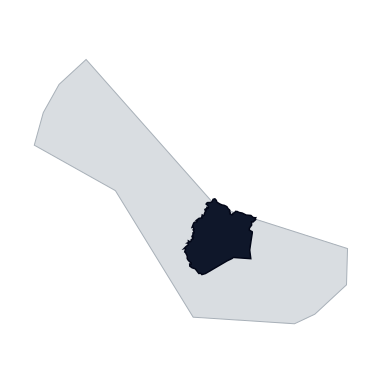 Yona, Guam shown in context, rotated 274°
{"feature_id": "77769853B72833595516841", "entity_name": "Yona", "entity_type": "district", "adm_level": 2, "iso_a3": "GUM", "parent_name": "Guam", "parent_adm1": "", "projection": "albers", "projection_center": [144.756, 13.405], "detail": "fine", "context": "in_parent", "style": "filled", "palette": "ink", "viewbox_px": 384, "rotation_deg": 274, "n_neighbors": 0, "source": "geoboundaries", "source_scale": "gbopen_adm2", "svg_char_len": 1738}
<svg xmlns="http://www.w3.org/2000/svg" viewBox="0 0 384 384"><g transform="rotate(274 192 192)"><path d="M146.4,351.1L110.2,352.6L78.7,323.1L67.7,303.4L67.2,201.9L188.0,115.5L227.7,31.4L260.8,38.1L290.1,51.9L316.8,77.1L179.0,217.4L146.4,351.1Z" fill="#d9dde1" stroke="#a8b0b8" stroke-width="1"/><path d="M170.8,257.4L170.7,256.8L170.9,254.6L172.7,252.4L172.8,247.6L174.5,243.6L174.9,240.3L175.7,238.5L175.7,236.8L174.5,236.1L173.5,234.3L172.4,234.2L171.9,233.3L172.5,232.5L172.9,231.3L173.9,231.6L174.9,230.8L175.6,231.1L176.4,230.9L177.0,230.3L177.8,229.2L179.8,227.8L180.9,225.2L181.2,222.8L182.1,220.4L182.9,218.9L183.6,217.6L183.8,217.5L183.9,217.4L185.4,216.8L186.8,215.3L186.2,213.6L183.6,212.6L182.8,211.1L182.5,208.1L181.4,207.1L180.8,207.0L179.7,208.7L178.1,209.5L177.3,209.4L177.6,207.9L176.3,208.1L176.2,207.1L174.6,207.2L175.0,206.3L173.5,206.8L171.6,206.0L170.1,205.9L169.2,205.1L169.8,203.8L167.6,203.5L166.9,203.9L166.2,200.8L164.0,198.3L163.7,199.4L162.6,199.0L162.1,196.9L161.2,195.9L156.9,194.6L157.3,195.4L154.8,196.6L154.3,195.8L152.5,196.8L151.3,196.8L151.3,195.9L148.8,195.9L147.9,195.1L147.1,196.4L146.6,195.6L145.3,196.3L144.5,194.6L143.4,194.7L142.2,193.5L143.0,191.8L141.4,192.0L140.7,190.8L140.5,192.0L138.9,191.8L137.0,189.7L135.0,188.0L135.4,189.1L134.7,189.6L131.7,188.9L131.1,189.8L127.9,191.7L125.2,191.9L123.3,193.3L121.2,196.1L120.1,196.3L120.0,194.7L117.9,195.0L116.4,197.4L115.6,200.6L111.2,204.5L111.6,206.3L110.3,207.6L111.6,211.1L125.8,231.9L128.4,236.5L129.6,237.8L129.6,255.3L138.1,253.6L147.5,254.3L155.6,255.0L156.6,254.8L157.5,252.8L158.0,251.8L160.1,251.8L163.1,253.8L166.4,253.4L166.3,254.9L168.9,257.4L169.4,257.0L170.8,257.4Z" fill="#0f172a" stroke="#020617" stroke-width="1.5"/></g></svg>